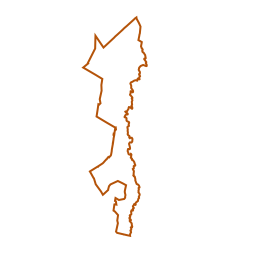 Rožkalnu pag., Varkavas, Latvia (Equal Earth projection), rotated 63°
{"feature_id": "27541924B38458063228845", "entity_name": "Rožkalnu pag.", "entity_type": "district", "adm_level": 2, "iso_a3": "LVA", "parent_name": "Latvia", "parent_adm1": "Varkavas", "projection": "equal_earth", "projection_center": [26.468, 56.209], "detail": "fine", "context": "isolated", "style": "outline", "palette": "amber", "viewbox_px": 256, "rotation_deg": 63, "n_neighbors": 0, "source": "geoboundaries", "source_scale": "gbopen_adm2", "svg_char_len": 5639}
<svg xmlns="http://www.w3.org/2000/svg" viewBox="0 0 256 256"><g transform="rotate(63 128 128)"><path d="M34.5,70.7L33.3,70.3L33.5,71.8L34.0,73.4L36.5,82.6L37.1,85.0L37.1,85.3L37.2,85.5L37.6,87.0L37.8,87.4L39.9,94.9L40.2,96.1L40.7,98.0L41.1,99.0L41.4,100.0L45.2,113.3L31.0,115.1L42.3,121.2L51.9,134.3L52.4,134.2L53.8,140.5L66.0,132.7L72.6,128.6L77.6,132.2L82.8,134.6L89.5,140.1L93.5,141.3L94.1,143.1L93.4,143.6L97.8,146.7L103.5,150.8L113.1,144.8L121.8,139.2L121.9,138.7L123.9,139.4L124.1,139.9L123.5,140.3L126.4,142.4L126.5,142.4L127.5,143.1L126.8,143.5L127.6,144.1L128.3,143.7L131.2,145.9L131.6,146.1L133.3,147.3L133.2,147.3L134.5,148.3L134.6,148.2L139.9,152.2L141.5,153.2L144.1,155.2L144.2,155.3L144.7,155.8L145.1,157.0L145.6,158.2L144.9,158.6L145.4,159.9L145.7,160.2L146.2,161.4L146.1,161.6L147.0,163.9L147.7,165.6L148.0,166.6L148.6,172.0L148.8,172.3L148.6,172.4L148.6,172.5L149.4,181.7L150.9,181.6L156.9,181.4L157.4,181.2L163.5,182.3L172.2,180.9L176.1,180.7L175.9,179.9L174.2,173.8L173.4,173.3L171.2,171.3L170.3,169.2L170.6,161.1L174.7,158.0L178.1,155.7L182.1,159.0L183.1,159.7L184.1,160.1L186.6,160.7L187.7,161.6L188.8,162.2L189.5,163.6L188.0,168.8L184.7,170.9L187.1,172.7L187.9,172.1L190.9,173.1L190.7,173.3L190.7,173.5L190.4,174.0L190.1,174.2L189.9,174.8L195.0,178.4L196.4,177.6L201.1,176.4L205.6,179.6L208.2,180.2L214.9,185.7L216.5,185.3L220.7,180.3L221.1,180.0L221.2,179.7L222.9,177.7L225.0,175.1L224.7,175.0L224.4,174.9L223.7,174.4L222.9,173.6L222.5,172.8L222.3,172.6L222.0,172.5L221.6,172.4L220.9,172.5L220.6,172.4L220.4,172.3L220.2,171.8L220.2,171.5L220.1,171.3L218.8,170.7L217.9,170.6L217.8,170.2L218.2,169.9L218.3,169.5L217.6,168.9L216.2,168.7L215.3,168.2L214.5,168.0L212.7,168.5L211.7,168.7L211.4,168.5L211.7,167.6L211.5,167.3L211.3,167.2L210.2,167.3L209.6,167.8L209.1,167.7L208.8,167.6L208.7,167.4L208.5,167.0L208.4,166.6L208.1,166.3L207.7,166.2L207.2,166.3L206.8,166.2L206.5,165.7L206.6,165.1L206.5,164.6L206.5,164.4L206.2,164.1L204.8,163.5L204.0,163.3L203.8,163.1L203.0,162.3L203.0,162.1L203.8,161.3L203.8,161.2L203.4,160.7L202.5,160.7L202.3,160.5L202.1,160.1L202.1,159.4L201.8,159.1L201.6,159.1L200.9,159.3L200.5,159.3L200.3,159.3L199.9,159.1L199.4,157.9L199.2,157.6L198.8,157.4L198.7,157.1L199.5,156.7L199.9,156.3L199.9,156.2L199.7,155.9L198.8,155.7L198.5,155.5L197.9,154.4L197.8,153.7L197.8,153.4L197.6,153.1L197.6,152.6L197.6,152.4L195.9,151.0L195.6,150.7L195.4,149.9L195.2,149.8L194.2,149.6L193.9,149.3L193.6,148.8L193.3,148.4L192.7,147.9L192.3,147.7L191.3,147.7L190.1,147.9L189.9,147.8L189.2,147.3L188.4,147.0L187.8,146.3L186.5,145.9L186.2,145.7L186.2,144.8L186.0,144.6L184.3,144.4L183.7,144.5L182.7,144.9L182.1,145.5L181.7,145.7L178.9,145.4L177.8,145.2L177.0,144.7L174.5,144.1L174.0,144.2L173.8,144.3L173.6,144.7L173.3,144.7L172.7,144.7L172.7,144.4L172.4,144.2L171.7,143.9L171.4,143.8L169.2,142.4L168.8,142.3L167.1,142.4L166.7,142.3L166.7,142.2L166.7,141.8L166.6,141.2L164.6,140.2L164.5,139.9L164.8,139.3L164.8,138.9L164.6,138.5L164.4,138.4L164.1,138.3L163.3,138.3L161.2,137.9L159.5,138.1L158.8,138.3L158.2,138.6L158.2,138.8L157.9,138.8L157.7,138.8L157.6,138.6L157.2,138.4L156.7,138.5L155.8,139.0L155.5,138.9L154.9,138.2L154.1,137.7L153.4,137.1L152.5,137.1L152.3,137.2L152.4,137.4L152.6,137.8L152.7,138.3L152.5,138.6L151.8,139.2L151.4,139.3L151.1,139.3L149.8,138.9L148.8,138.9L148.1,138.6L146.8,137.6L146.8,137.3L147.6,136.2L147.4,135.6L146.8,135.3L146.0,135.0L142.7,134.3L142.3,134.0L141.9,133.2L141.7,132.7L142.5,131.6L142.5,131.4L142.2,130.7L141.8,130.2L140.9,129.7L140.0,129.1L139.7,129.0L138.8,129.0L138.4,129.1L137.8,130.5L137.9,131.0L137.4,131.2L137.0,131.2L136.6,130.9L136.4,130.5L136.2,130.4L135.9,130.4L135.5,130.5L134.5,131.1L133.6,131.1L133.3,131.1L132.6,130.5L131.7,130.0L130.5,129.7L129.1,128.8L127.6,128.4L126.9,128.1L126.6,127.5L126.7,126.7L126.6,126.3L126.5,126.2L126.0,126.0L125.1,125.8L124.9,125.7L124.0,124.7L123.6,124.5L123.1,124.5L121.7,125.6L121.0,125.9L120.6,125.9L119.9,125.6L119.3,125.2L118.8,125.0L118.4,124.9L118.0,125.0L117.6,125.3L117.0,126.0L116.8,126.1L116.5,126.0L115.4,124.5L115.3,124.2L115.2,123.3L115.3,123.1L115.7,122.3L115.7,122.1L115.2,121.8L114.6,121.9L113.8,122.2L113.6,122.5L113.1,122.8L112.6,122.9L112.2,122.9L112.2,122.6L112.6,121.9L112.5,121.0L112.1,120.5L111.2,118.9L110.2,118.2L109.8,117.7L110.5,116.7L112.6,115.8L112.7,115.6L112.4,115.2L111.7,114.9L111.3,114.8L110.7,114.8L110.2,115.0L109.9,114.9L109.5,114.5L109.3,113.9L109.2,113.8L106.5,112.8L106.3,112.7L105.4,111.6L104.9,111.4L103.5,111.3L103.3,111.1L103.4,110.6L103.2,110.4L102.6,110.3L101.1,110.6L100.4,110.8L99.7,111.1L99.1,111.0L98.5,110.2L98.0,109.8L96.5,109.0L96.5,108.8L96.6,108.7L98.3,107.6L98.3,107.4L98.1,107.1L97.4,106.7L96.7,106.6L93.8,107.0L93.4,106.8L92.4,106.2L91.3,105.8L90.0,105.8L89.3,105.6L88.7,104.5L88.8,103.4L88.7,101.7L88.6,101.3L88.8,99.8L89.1,99.1L89.3,98.8L89.9,98.5L90.0,98.3L89.7,98.0L88.5,97.0L88.4,96.7L88.5,96.3L89.4,96.1L89.7,96.0L89.8,95.8L89.8,95.6L89.6,95.5L88.6,95.3L88.1,95.1L87.8,94.8L87.5,93.9L87.3,93.7L86.7,93.7L85.8,93.9L85.3,93.8L85.0,93.6L84.9,93.4L85.0,93.0L85.0,92.9L84.8,92.7L84.3,92.4L83.6,92.0L82.9,92.0L81.4,92.1L81.0,92.0L80.7,91.8L79.3,90.6L78.6,88.8L78.5,88.5L78.7,85.9L79.0,85.6L81.1,83.7L81.2,83.3L81.1,83.1L80.9,83.0L79.8,82.6L78.5,82.7L78.2,82.7L77.9,82.2L77.6,81.8L77.4,81.8L74.3,82.3L74.0,82.3L73.7,82.1L73.6,81.9L73.6,81.7L74.0,81.1L74.0,80.9L73.9,80.6L73.5,80.4L71.4,79.8L70.8,79.6L68.0,79.9L67.4,80.3L67.1,80.3L66.7,80.5L65.6,80.2L65.2,79.9L65.0,79.4L64.2,79.3L63.7,79.3L63.3,79.6L61.1,79.3L59.8,78.3L58.8,77.5L57.7,76.7L54.4,78.8L51.4,76.4L49.9,75.3L49.1,74.5L43.3,70.8L39.6,70.6L34.5,70.7Z" fill="none" stroke="#b45309" stroke-width="2"/></g></svg>